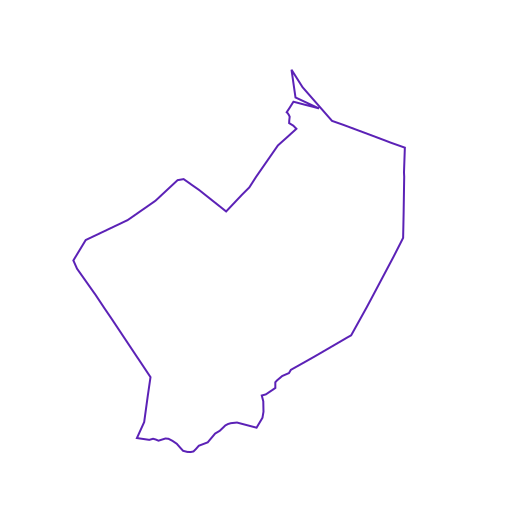 the district of Teotongo, Oaxaca, Mexico, rotated 248°
{"feature_id": "50627088B1366464462035", "entity_name": "Teotongo", "entity_type": "district", "adm_level": 2, "iso_a3": "MEX", "parent_name": "Mexico", "parent_adm1": "Oaxaca", "projection": "albers", "projection_center": [-97.542, 17.746], "detail": "fine", "context": "isolated", "style": "outline", "palette": "violet", "viewbox_px": 512, "rotation_deg": 248, "n_neighbors": 0, "source": "geoboundaries", "source_scale": "gbopen_adm2", "svg_char_len": 1442}
<svg xmlns="http://www.w3.org/2000/svg" viewBox="0 0 512 512"><g transform="rotate(248 256 256)"><path d="M101.4,141.6L106.7,151.6L107.5,156.9L109.4,161.7L110.4,164.1L110.7,167.2L110.4,170.1L108.7,176.0L96.6,192.2L101.3,198.4L103.6,201.4L108.8,204.6L118.5,208.3L124.5,209.1L124.0,213.3L126.4,224.5L131.7,226.6L132.8,228.9L134.9,235.3L135.0,238.5L135.1,242.7L135.4,243.1L137.4,245.7L140.8,272.2L146.2,309.7L146.8,314.5L166.7,339.1L173.8,347.6L203.0,382.3L203.4,382.8L203.5,382.9L214.7,395.8L214.8,395.9L217.7,399.2L227.5,403.4L240.6,409.0L274.0,423.1L278.0,424.5L300.7,434.6L310.6,423.4L315.0,418.7L344.8,386.2L352.8,377.1L395.0,362.4L415.4,358.7L388.2,352.0L369.2,369.7L372.8,365.0L378.0,357.9L383.1,351.1L385.0,348.5L380.6,342.4L377.8,338.3L376.5,338.9L374.4,339.3L372.5,339.4L369.4,337.7L366.8,336.5L362.9,339.4L358.8,341.1L353.6,326.9L350.3,317.7L329.4,285.8L322.1,275.5L318.0,265.8L308.5,245.0L338.8,227.8L346.6,222.7L347.6,222.1L354.4,217.7L355.7,211.7L344.9,183.5L337.4,150.6L334.6,104.1L320.3,85.0L311.3,85.3L289.2,90.5L288.5,90.7L287.8,90.8L287.5,90.9L281.6,92.3L280.9,92.5L264.3,95.9L252.4,98.5L206.8,107.9L205.8,108.1L205.5,108.2L183.2,112.8L167.1,103.4L143.9,90.1L131.8,77.4L125.5,88.2L125.1,92.1L123.4,94.3L121.3,96.4L120.7,103.7L119.3,106.4L115.9,109.3L111.6,112.2L106.2,114.1L102.7,115.4L100.1,118.9L98.7,122.0L98.2,124.8L99.5,127.9L101.5,131.9L101.3,141.5L101.4,141.6Z" fill="none" stroke="#5b21b6" stroke-width="2"/></g></svg>